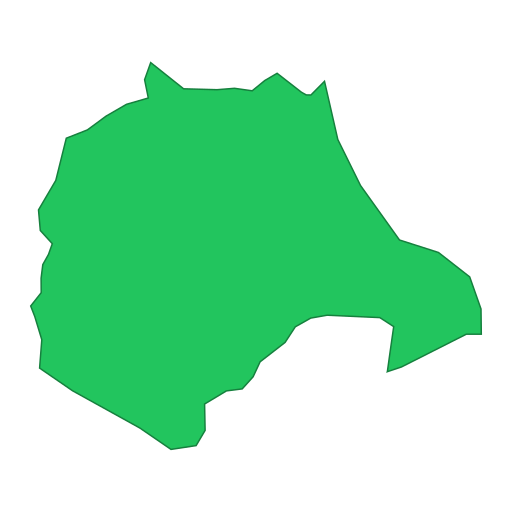 map outline of Cimişlia (Equal Earth projection)
{"feature_id": "MDA-1633", "entity_name": "Cimişlia", "entity_type": "District", "adm_level": 1, "iso_a3": "MDA", "parent_name": "Moldova", "parent_adm1": "", "projection": "equal_earth", "projection_center": [28.851, 46.62], "detail": "fine", "context": "isolated", "style": "filled", "palette": "green", "viewbox_px": 512, "rotation_deg": 0, "n_neighbors": 0, "source": "natural_earth", "source_scale": "10m", "svg_char_len": 812}
<svg xmlns="http://www.w3.org/2000/svg" viewBox="0 0 512 512"><path d="M481.3,334.2L466.3,334.2L401.4,367.0L387.3,371.7L387.4,371.4L390.1,351.9L393.7,326.6L379.8,317.6L327.2,315.2L310.7,318.1L295.3,326.8L285.1,342.4L260.1,361.8L253.1,376.8L242.2,388.9L226.4,390.9L204.6,404.0L205.1,430.4L196.1,445.6L171.0,449.4L139.8,428.0L72.6,390.8L39.6,368.1L41.8,339.7L34.8,316.6L30.7,306.0L41.2,292.7L41.1,278.2L42.8,264.6L48.5,254.4L52.3,243.7L40.3,230.5L38.5,209.9L55.8,180.4L66.3,138.2L87.4,129.9L106.1,116.1L126.5,104.3L148.3,98.0L144.6,79.7L150.7,62.6L183.6,88.8L217.0,89.7L234.5,88.3L252.2,90.8L264.8,80.5L277.1,73.3L301.4,92.2L306.1,94.9L310.9,95.0L324.5,81.3L337.8,139.5L360.5,185.5L399.5,240.0L438.5,252.5L469.7,276.9L481.0,309.0L481.3,334.0L481.3,334.2Z" fill="#22c55e" stroke="#15803d" stroke-width="1.5"/></svg>